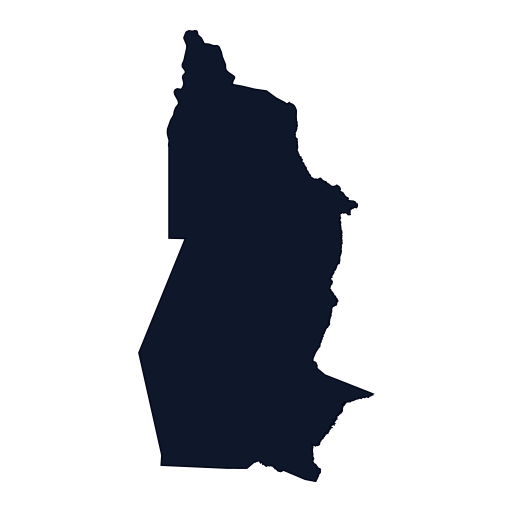 outline of Mecanhelas, Niassa, Mozambique
{"feature_id": "85939544B26392807278532", "entity_name": "Mecanhelas", "entity_type": "district", "adm_level": 2, "iso_a3": "MOZ", "parent_name": "Mozambique", "parent_adm1": "Niassa", "projection": "robinson", "projection_center": [36.247, -14.939], "detail": "fine", "context": "isolated", "style": "filled", "palette": "ink", "viewbox_px": 512, "rotation_deg": 0, "n_neighbors": 0, "source": "geoboundaries", "source_scale": "gbopen_adm2", "svg_char_len": 6076}
<svg xmlns="http://www.w3.org/2000/svg" viewBox="0 0 512 512"><path d="M266.5,91.0L254.7,89.3L242.2,86.3L234.3,84.9L232.1,84.1L233.0,80.7L234.5,78.0L234.4,76.9L233.8,76.2L228.4,72.5L226.2,70.3L225.6,68.5L225.3,64.4L222.2,56.6L221.2,52.0L219.1,47.1L218.1,46.1L217.1,45.7L213.7,45.8L208.9,44.2L204.2,43.8L201.3,38.1L197.8,35.0L197.2,31.8L196.6,31.0L194.7,30.7L192.8,31.3L188.7,30.8L186.5,31.9L185.8,32.9L184.2,36.9L183.9,38.1L186.9,45.2L186.8,48.0L184.0,60.5L182.4,64.1L182.3,65.4L182.4,66.8L185.2,70.6L185.5,71.8L185.3,73.1L183.1,75.4L182.7,76.5L182.6,77.9L183.7,82.0L183.8,83.4L183.4,86.0L181.6,89.2L180.2,89.4L177.3,88.8L175.4,89.7L174.7,90.7L174.3,91.9L174.7,94.3L178.3,100.7L178.7,103.8L175.6,108.0L174.4,111.2L173.7,115.1L170.8,120.1L167.6,129.0L167.4,132.7L167.9,135.8L169.2,140.3L168.6,145.8L169.0,146.3L169.0,238.1L185.4,238.5L138.9,352.8L161.6,454.0L161.8,455.7L161.2,465.2L226.6,468.1L246.9,468.2L254.8,461.5L255.0,462.0L255.4,462.0L255.9,461.5L258.5,460.8L260.5,461.3L260.6,461.7L260.2,462.3L260.6,462.9L261.4,462.3L262.4,462.8L262.7,463.1L262.8,464.2L263.7,464.0L266.2,466.2L268.0,465.3L269.3,465.8L270.4,465.4L271.5,465.8L272.5,465.7L273.7,467.1L274.8,467.5L275.0,468.6L276.2,468.7L276.6,469.5L277.3,469.8L277.9,470.8L280.5,471.5L281.8,471.1L283.2,470.0L305.2,479.3L315.7,481.3L318.4,475.6L318.7,473.8L319.5,473.4L320.2,472.4L320.3,471.1L319.9,470.3L320.3,469.7L320.1,469.0L318.0,468.1L315.5,464.5L314.4,464.1L313.0,462.4L312.6,460.9L313.6,458.6L312.4,456.2L312.8,454.5L312.4,452.3L312.3,448.9L312.7,447.6L312.4,445.3L312.7,445.7L313.8,444.9L315.6,445.9L316.6,445.0L317.4,445.4L318.7,445.0L319.4,444.1L319.0,443.3L319.5,443.2L319.3,442.2L319.6,442.2L320.7,440.8L321.2,439.6L323.0,438.2L322.8,437.9L323.1,437.5L322.8,437.2L323.6,437.0L323.7,436.3L324.3,436.2L324.3,435.3L324.8,435.1L324.3,434.5L324.6,434.8L324.8,434.1L325.9,433.2L326.1,433.1L326.2,433.8L328.0,432.9L327.7,432.1L328.3,431.9L328.8,431.2L328.4,430.7L328.9,430.5L329.3,429.1L329.9,429.2L330.0,428.5L330.5,428.4L330.4,428.0L330.7,427.8L330.0,427.8L330.0,427.3L331.3,427.3L330.3,426.4L330.3,425.7L330.8,425.7L330.9,425.2L331.3,425.2L331.8,424.3L332.2,424.9L332.9,424.4L333.9,424.7L333.7,424.1L334.3,423.8L333.6,423.6L334.2,422.6L333.7,421.9L334.1,421.6L333.8,421.0L334.5,421.3L335.4,420.6L335.7,419.2L336.2,419.1L335.8,418.8L336.3,418.6L336.4,417.8L336.7,417.9L336.6,416.2L338.4,415.2L338.3,414.5L339.8,413.8L339.8,412.7L339.6,412.3L340.2,412.2L340.1,412.6L340.7,412.9L340.8,411.6L341.2,411.7L341.1,412.2L341.5,412.1L341.6,410.8L342.3,410.9L342.3,407.3L342.9,406.8L342.8,405.8L343.7,405.4L342.8,404.6L343.1,404.6L343.1,404.0L343.4,403.9L343.4,404.9L344.0,404.8L344.0,403.8L344.8,404.0L344.9,403.7L344.4,403.4L345.3,403.2L345.2,403.0L344.5,402.7L344.5,402.3L347.1,402.0L348.2,401.5L348.9,401.8L349.7,401.4L350.1,401.7L350.4,401.4L350.0,400.8L350.5,400.4L350.9,400.9L353.2,400.4L355.9,399.1L358.6,398.5L359.4,397.8L361.3,398.4L362.0,397.5L363.8,397.2L364.8,397.5L365.4,396.9L366.4,396.6L368.3,397.3L369.4,396.0L370.9,395.7L371.3,394.9L372.5,394.9L372.4,394.5L373.1,394.0L324.8,375.0L317.3,368.7L316.7,367.0L317.0,365.6L315.8,362.7L315.3,362.3L312.8,361.5L312.9,358.3L315.6,352.1L318.3,347.9L319.7,346.5L320.1,342.8L321.0,342.0L321.0,340.7L321.8,339.4L321.6,338.6L322.2,338.0L322.2,337.1L323.1,336.2L322.8,335.2L323.0,334.5L324.2,333.1L324.2,332.3L324.9,331.2L325.6,328.6L325.9,328.7L326.4,327.7L327.4,327.3L328.0,326.3L327.8,325.7L329.1,324.9L329.4,324.1L329.2,321.7L329.5,320.9L329.4,320.1L330.5,316.2L331.1,315.6L330.7,314.6L331.6,311.2L331.5,308.8L332.4,306.6L333.9,306.0L334.8,305.2L336.0,305.1L336.6,303.9L336.3,302.2L337.3,301.8L337.8,301.1L337.6,300.7L336.6,300.5L336.4,299.9L337.1,299.3L336.1,298.3L335.2,296.2L334.0,295.9L333.4,293.8L330.8,290.7L330.0,290.5L330.5,289.7L329.6,289.0L329.6,288.4L330.3,285.7L330.7,284.8L331.6,284.2L332.2,282.0L332.2,281.5L330.3,279.2L330.3,278.8L330.7,277.6L331.8,277.1L331.4,276.2L332.0,275.5L332.1,274.4L332.6,274.4L333.8,272.6L333.3,271.0L334.4,270.6L335.2,269.7L336.2,267.5L336.1,266.8L336.6,266.2L336.7,265.0L337.3,264.7L337.5,263.9L338.5,263.6L338.6,263.1L339.1,263.3L339.3,262.9L339.1,262.1L339.5,261.4L339.7,259.7L339.5,258.4L339.8,256.0L340.4,254.9L340.5,253.4L341.0,253.2L340.8,251.9L341.3,251.5L340.9,249.6L341.3,246.1L340.9,245.2L341.0,244.7L341.9,243.7L342.0,243.0L341.6,241.7L341.9,240.2L341.3,239.1L341.6,238.2L341.3,236.9L341.6,236.8L341.4,236.0L341.8,235.5L341.1,234.3L341.7,233.5L341.5,232.8L341.8,232.6L341.5,230.6L340.4,229.1L340.9,228.1L340.7,227.6L340.6,225.8L340.1,225.1L340.3,224.9L340.2,223.4L340.6,223.0L340.6,222.3L339.5,220.2L339.6,219.4L340.4,218.5L340.4,217.9L340.0,217.2L339.9,215.2L339.5,214.5L340.5,213.5L341.2,213.3L341.5,212.4L342.0,212.3L343.3,212.9L345.8,212.6L346.9,213.1L348.1,214.6L350.0,214.6L350.2,214.4L349.8,213.9L350.0,211.4L349.7,210.6L350.4,209.6L351.5,208.9L351.3,208.0L352.9,208.2L354.5,207.1L356.5,207.6L357.2,206.4L357.3,205.3L357.1,203.9L355.9,203.7L355.4,202.4L355.0,202.0L353.4,201.2L348.8,200.8L348.2,200.3L347.8,199.4L348.2,198.4L348.0,198.0L346.2,197.3L345.0,196.2L342.8,192.8L340.1,191.4L339.7,189.8L340.2,189.4L340.2,188.8L339.2,186.8L338.5,186.5L337.5,185.5L336.6,185.3L335.8,186.1L334.8,186.2L334.2,186.6L331.9,186.5L330.6,185.9L328.5,184.0L327.4,183.8L325.9,181.9L323.6,181.2L322.0,179.9L320.6,178.3L319.6,178.5L318.4,179.3L317.3,179.5L315.7,179.1L314.4,179.4L310.6,177.0L310.1,175.1L308.8,174.0L307.6,171.1L306.5,170.6L306.0,167.5L304.9,166.6L304.7,165.8L303.9,164.9L303.6,163.3L301.7,161.9L301.3,160.6L302.0,160.4L302.2,159.9L302.1,159.5L301.0,159.3L300.9,157.1L299.7,156.7L299.0,156.1L298.9,154.4L297.9,153.6L298.0,152.4L296.8,150.3L297.5,147.4L297.4,144.9L297.0,143.6L297.3,142.4L296.9,140.6L297.1,139.6L297.1,139.1L295.3,137.5L294.9,135.9L295.2,134.6L294.8,132.8L295.7,131.5L296.7,128.6L296.5,127.2L297.0,126.6L297.2,125.4L297.1,124.6L296.6,124.0L296.9,123.7L296.7,122.9L297.0,122.1L296.4,121.0L296.1,116.9L296.3,110.6L295.4,108.1L294.3,106.0L292.7,104.5L289.8,103.3L289.3,102.6L287.6,103.8L286.5,103.9L284.7,102.6L275.9,98.0L266.5,91.0Z" fill="#0f172a" stroke="#020617" stroke-width="1.5"/></svg>